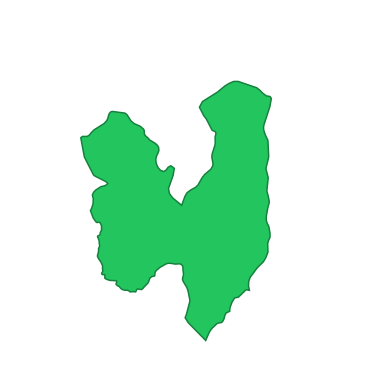 the border of Bafing, rotated 46°
{"feature_id": "CIV-3440", "entity_name": "Bafing", "entity_type": "Region", "adm_level": 1, "iso_a3": "CIV", "parent_name": "Ivory Coast", "parent_adm1": "", "projection": "orthographic", "projection_center": [-7.658, 8.459], "detail": "fine", "context": "isolated", "style": "filled", "palette": "green", "viewbox_px": 384, "rotation_deg": 46, "n_neighbors": 0, "source": "natural_earth", "source_scale": "10m", "svg_char_len": 3629}
<svg xmlns="http://www.w3.org/2000/svg" viewBox="0 0 384 384"><g transform="rotate(46 192 192)"><path d="M161.3,134.6L149.5,131.0L145.2,130.5L136.2,127.8L134.2,121.6L137.8,104.4L138.6,94.7L139.6,90.0L141.5,85.1L144.5,82.0L162.1,73.0L165.9,72.5L169.8,72.5L174.4,71.8L177.6,69.5L179.9,70.0L184.8,76.9L193.6,93.5L194.9,95.3L196.3,96.6L197.9,97.7L201.6,99.5L207.7,101.6L219.1,111.6L220.6,113.2L226.0,121.8L226.7,122.6L227.4,123.1L234.6,127.2L243.2,137.4L244.9,138.4L247.2,139.6L251.5,142.3L252.9,143.5L253.8,144.6L255.8,148.1L261.0,155.3L263.7,158.0L265.4,159.0L267.3,159.8L269.4,160.4L270.8,161.1L275.7,164.4L277.5,166.1L278.7,167.3L279.2,168.3L279.9,170.3L281.6,173.3L288.0,179.1L290.6,184.7L291.8,189.2L291.8,197.3L293.8,209.5L295.8,213.4L298.8,216.6L302.6,219.0L300.3,220.6L299.7,221.7L299.9,222.8L299.9,231.7L297.8,234.9L299.1,239.9L301.6,245.0L304.0,247.8L302.7,251.5L303.7,254.3L305.4,256.9L306.5,260.1L306.3,261.7L304.4,264.3L304.0,266.0L304.0,273.0L304.9,277.0L308.3,285.3L283.5,285.5L277.7,284.3L275.9,280.6L269.3,269.8L268.6,269.0L267.9,268.4L260.6,263.7L257.3,262.1L250.4,260.5L248.9,259.9L247.8,259.1L247.2,258.3L246.3,256.6L245.5,255.6L244.5,254.6L242.4,253.1L239.4,250.5L238.0,250.0L236.3,250.1L235.3,250.7L234.5,251.4L233.3,252.9L232.0,254.3L228.9,256.6L227.5,257.8L226.9,258.5L226.5,259.1L225.8,260.4L224.0,267.2L223.7,272.2L223.9,273.4L224.3,274.4L224.8,275.2L226.0,276.5L226.3,277.0L226.4,277.4L226.2,277.7L225.3,279.1L224.9,280.0L224.8,281.1L224.8,282.1L225.0,282.9L225.2,283.2L226.4,285.4L226.6,286.0L226.9,286.9L227.1,293.0L227.3,294.1L227.3,295.2L227.0,296.2L225.6,297.3L224.6,298.0L223.9,298.7L223.8,299.5L224.1,300.3L224.5,301.1L224.7,301.8L224.3,302.4L223.6,302.9L223.0,303.4L222.3,304.1L221.7,305.0L220.9,305.9L219.7,306.0L218.6,306.3L217.8,306.8L215.9,308.6L214.0,309.8L212.6,310.1L211.2,310.2L209.5,310.0L207.7,310.7L206.3,310.8L205.4,310.6L204.9,309.7L204.4,308.7L203.7,308.1L203.2,308.1L202.5,308.7L201.9,309.5L200.8,310.3L198.7,312.4L195.7,314.0L194.3,314.5L193.2,314.5L192.7,313.9L192.1,313.2L191.5,312.5L190.7,312.3L189.3,313.8L188.5,313.9L187.7,313.5L187.2,311.7L186.6,310.8L185.5,310.1L184.7,309.4L183.8,308.4L182.4,307.3L179.0,306.2L175.0,305.5L172.9,304.9L171.9,304.0L171.5,303.2L169.9,300.7L169.3,299.9L167.8,298.6L167.4,297.7L167.0,296.6L166.5,295.7L165.5,295.1L164.6,294.5L163.2,293.2L162.4,292.6L161.3,292.2L160.4,291.6L159.0,291.3L158.3,290.8L158.2,290.0L158.5,289.2L158.8,288.4L158.6,287.5L157.4,286.1L157.0,285.1L156.8,284.2L156.4,283.3L156.4,283.2L156.2,283.2L153.4,280.5L150.8,279.6L149.5,279.7L148.6,280.5L147.9,281.6L146.6,281.8L142.0,281.1L138.4,279.5L134.7,277.9L134.2,275.9L131.8,271.5L128.5,267.9L124.9,265.7L123.8,262.8L123.7,259.8L124.9,253.8L126.4,251.3L127.5,248.6L127.3,246.7L124.9,246.7L113.0,250.8L111.2,251.0L92.0,245.1L75.7,234.3L75.9,232.2L79.2,228.8L79.7,226.5L79.3,222.8L79.3,219.1L81.7,207.7L81.4,203.6L80.4,201.1L79.0,198.9L78.0,196.8L78.0,194.4L79.1,193.0L88.7,185.4L91.4,185.1L98.4,186.5L102.5,186.1L109.0,183.5L113.0,183.2L114.6,183.7L116.8,185.6L118.1,186.3L119.7,186.4L123.1,186.1L124.9,186.4L130.8,184.8L133.8,184.4L136.6,185.0L139.1,186.9L140.4,189.5L141.5,192.4L143.0,195.0L145.2,196.9L148.0,198.5L151.2,199.5L154.5,199.6L157.8,198.0L158.2,195.3L157.6,192.0L158.4,189.0L162.7,188.3L166.9,194.0L173.1,206.4L177.5,209.3L182.9,210.0L194.4,208.7L190.3,200.3L189.1,196.1L189.7,191.3L191.1,186.3L191.1,182.9L188.7,174.6L188.2,170.4L188.7,162.8L187.7,159.0L186.3,157.3L180.8,153.6L178.9,151.5L174.2,142.9L172.9,141.2L169.2,137.9L168.2,136.8L166.7,134.3L165.4,133.5L164.2,133.5L162.2,134.5L161.3,134.6Z" fill="#22c55e" stroke="#15803d" stroke-width="1.5"/></g></svg>